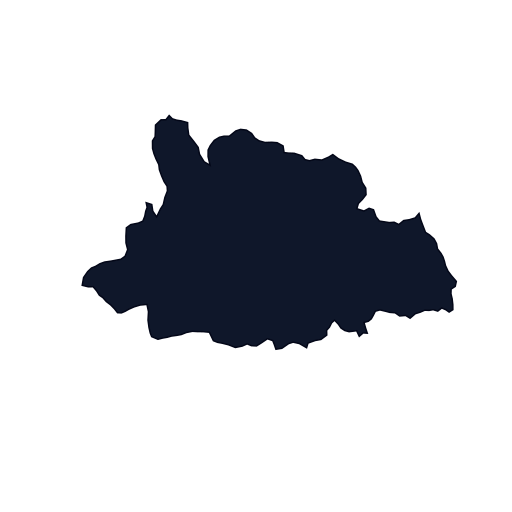 Altair, São Paulo, Brazil, rotated 321°
{"feature_id": "56859067B81841390348635", "entity_name": "Altair", "entity_type": "district", "adm_level": 2, "iso_a3": "BRA", "parent_name": "Brazil", "parent_adm1": "São Paulo", "projection": "mercator", "projection_center": [-49.094, -20.533], "detail": "fine", "context": "isolated", "style": "filled", "palette": "ink", "viewbox_px": 512, "rotation_deg": 321, "n_neighbors": 0, "source": "geoboundaries", "source_scale": "gbopen_adm2", "svg_char_len": 2743}
<svg xmlns="http://www.w3.org/2000/svg" viewBox="0 0 512 512"><g transform="rotate(321 256 256)"><path d="M276.9,92.2L271.7,93.4L267.9,90.4L260.3,91.0L255.6,96.5L252.7,99.8L248.0,101.4L243.3,107.3L241.1,112.3L239.4,117.7L238.0,123.8L235.2,128.2L233.1,134.3L231.4,140.3L230.8,145.9L228.1,149.7L222.0,153.2L216.3,157.7L211.4,159.3L203.4,163.1L204.0,156.2L207.4,150.4L204.2,145.5L202.0,149.7L198.5,151.8L194.6,155.1L190.0,157.7L185.3,156.4L178.5,152.8L173.0,152.5L167.5,158.6L163.2,164.0L160.3,170.3L154.1,173.8L148.9,173.5L140.2,168.8L134.5,165.4L129.8,163.8L124.8,163.1L120.6,161.8L115.4,162.2L108.5,164.2L102.5,169.4L106.2,174.3L110.1,177.4L110.2,182.8L109.6,187.9L110.8,192.0L111.0,197.2L112.3,202.5L112.8,208.0L112.7,212.9L115.6,215.5L119.4,216.6L123.6,217.3L129.2,218.8L135.1,221.2L140.8,225.0L137.4,231.6L131.7,237.9L127.8,244.3L125.4,249.2L124.2,253.0L127.4,259.0L131.8,261.0L135.9,263.3L139.9,265.0L144.3,267.7L148.5,270.0L153.7,271.6L159.2,274.5L163.4,278.3L167.2,281.4L171.8,285.9L170.7,290.4L169.6,295.0L171.8,298.9L174.7,302.3L178.7,307.6L182.4,314.1L188.5,317.3L193.8,318.7L196.0,322.8L199.8,326.2L205.6,326.9L212.8,327.5L215.8,332.3L214.5,336.4L212.8,341.0L218.0,344.0L226.2,344.6L230.6,346.3L234.6,351.3L237.6,359.1L241.6,356.4L248.8,358.9L253.9,361.7L261.2,362.0L264.1,358.2L268.3,357.5L272.7,355.5L276.7,355.3L277.1,360.9L276.7,365.4L278.1,369.8L280.7,373.4L287.2,377.4L285.7,383.4L290.9,383.2L293.9,386.0L295.9,380.7L298.1,375.6L302.2,377.4L306.0,377.4L309.6,376.0L314.0,374.0L318.4,375.9L322.1,380.7L324.5,384.0L328.4,387.7L329.9,393.0L334.9,396.4L336.6,401.3L343.5,401.1L348.3,403.0L353.0,404.3L356.3,407.2L359.9,409.2L362.6,413.2L367.6,413.3L369.7,417.2L370.8,421.1L375.2,421.6L378.3,417.7L381.5,412.7L383.7,408.1L386.8,404.5L391.7,405.0L395.7,401.8L395.5,394.4L395.7,388.6L397.2,382.7L399.1,378.7L400.7,374.5L401.4,370.3L401.5,364.7L404.1,360.0L405.1,354.8L404.1,348.8L402.6,344.3L405.5,335.4L407.0,331.0L409.5,325.5L403.7,326.6L398.0,324.3L393.1,321.4L386.8,321.4L384.6,316.7L380.6,313.9L373.9,306.5L373.9,301.1L376.4,294.0L373.9,290.1L368.2,289.0L364.1,282.7L368.6,279.6L374.5,278.9L380.1,277.6L384.0,272.3L384.8,265.6L387.5,259.7L389.0,253.7L389.2,249.6L388.6,245.3L384.6,239.4L381.2,232.2L379.5,225.5L374.8,224.9L367.6,222.9L362.6,217.9L357.5,215.6L354.7,211.9L354.7,206.9L350.3,200.2L345.9,196.4L342.9,193.3L346.3,187.5L343.7,181.2L339.9,177.6L334.4,173.4L330.8,168.3L329.3,163.4L329.7,158.0L327.8,152.1L323.7,147.9L319.0,146.1L310.6,146.1L306.6,142.8L302.3,140.7L296.4,139.9L290.1,141.4L285.5,143.5L281.3,148.6L277.4,156.6L275.0,150.2L276.1,141.4L279.4,135.2L279.7,128.2L279.8,119.7L283.6,113.5L286.8,109.3L282.9,103.9L279.8,100.5L277.3,96.7L276.9,92.2Z" fill="#0f172a" stroke="#020617" stroke-width="1.5"/></g></svg>